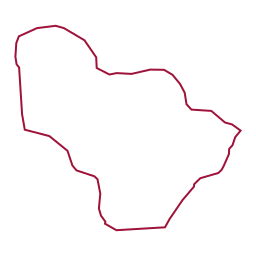 the district of Santa Cruz Balanyá, Chimaltenango, Guatemala
{"feature_id": "79465075B16496006430587", "entity_name": "Santa Cruz Balanyá", "entity_type": "district", "adm_level": 2, "iso_a3": "GTM", "parent_name": "Guatemala", "parent_adm1": "Chimaltenango", "projection": "orthographic", "projection_center": [-90.931, 14.695], "detail": "fine", "context": "isolated", "style": "outline", "palette": "rose", "viewbox_px": 256, "rotation_deg": 0, "n_neighbors": 0, "source": "geoboundaries", "source_scale": "gbopen_adm2", "svg_char_len": 722}
<svg xmlns="http://www.w3.org/2000/svg" viewBox="0 0 256 256"><path d="M84.5,40.3L63.9,28.1L55.7,25.8L37.0,28.1L18.9,36.3L16.3,43.0L15.4,56.8L16.6,64.3L19.1,67.5L22.1,114.5L24.8,129.7L49.4,136.1L67.5,150.8L72.4,165.5L76.5,170.4L94.4,176.3L97.5,179.2L100.3,193.7L98.9,208.5L101.0,215.7L105.4,221.7L105.0,223.7L116.4,230.2L165.0,227.3L169.6,219.0L182.5,200.1L193.9,186.7L194.2,184.2L200.3,178.2L218.3,173.0L221.4,170.1L223.4,166.6L228.9,154.2L229.2,148.9L232.5,145.2L235.2,137.2L240.6,130.6L232.0,124.4L225.0,122.5L211.3,110.9L191.4,109.6L186.5,104.2L184.7,92.7L180.0,83.9L172.5,74.8L164.0,69.8L150.2,69.6L131.5,73.9L116.7,73.1L109.4,74.5L96.7,68.0L96.2,57.3L84.5,40.3Z" fill="none" stroke="#9f1239" stroke-width="2"/></svg>